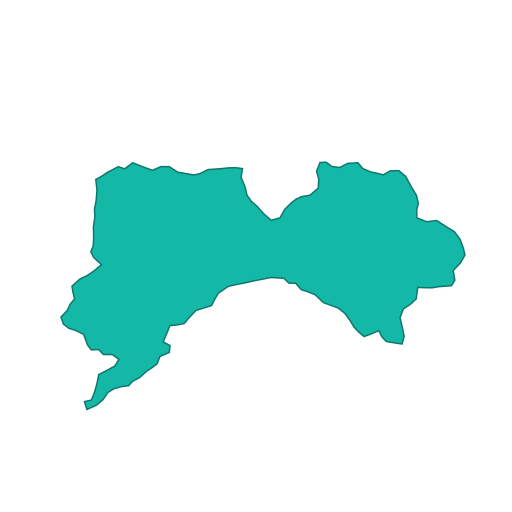 the district of Franco da Rocha, São Paulo, Brazil, rotated 167°
{"feature_id": "56859067B24689122689137", "entity_name": "Franco da Rocha", "entity_type": "district", "adm_level": 2, "iso_a3": "BRA", "parent_name": "Brazil", "parent_adm1": "São Paulo", "projection": "orthographic", "projection_center": [-46.732, -23.313], "detail": "fine", "context": "isolated", "style": "filled", "palette": "teal", "viewbox_px": 512, "rotation_deg": 167, "n_neighbors": 0, "source": "geoboundaries", "source_scale": "gbopen_adm2", "svg_char_len": 2105}
<svg xmlns="http://www.w3.org/2000/svg" viewBox="0 0 512 512"><g transform="rotate(167 256 256)"><path d="M394.9,366.6L396.1,356.1L399.3,345.9L403.0,337.5L404.2,330.4L407.9,320.9L410.2,309.8L412.4,302.3L416.0,297.3L414.4,290.9L408.5,282.4L417.6,277.7L425.1,274.9L432.5,273.3L442.1,268.0L442.5,261.8L442.4,255.0L447.7,251.0L452.3,245.3L459.8,240.4L458.9,232.8L454.5,227.6L448.7,224.2L441.6,218.5L440.2,207.3L437.6,201.6L430.3,200.2L426.9,194.4L418.0,192.2L412.9,186.1L418.2,180.6L426.6,178.2L435.9,175.9L439.8,167.2L443.7,160.1L448.7,152.7L455.9,152.7L455.3,144.5L445.2,146.5L437.6,150.3L430.9,156.4L424.4,158.6L416.4,159.0L409.3,158.3L404.3,161.7L396.8,163.7L388.1,168.5L381.9,170.8L376.6,173.2L372.2,179.7L362.1,181.6L359.9,188.1L365.8,193.2L360.1,201.0L355.5,207.6L349.6,206.7L341.3,206.3L335.0,211.0L326.6,216.5L318.0,217.1L310.5,217.7L305.8,223.2L301.1,228.2L289.7,232.7L280.8,232.6L271.9,232.3L266.0,232.3L258.6,232.1L246.3,231.7L233.8,228.0L230.1,222.2L223.5,220.5L219.5,213.0L214.4,210.1L206.8,204.7L200.9,195.5L193.7,190.8L187.6,186.8L182.2,179.9L178.9,172.1L176.6,165.0L173.2,159.0L168.8,153.2L161.1,154.2L153.1,155.6L151.5,148.8L148.3,143.4L142.8,141.1L133.5,137.4L129.7,144.5L129.5,154.2L129.5,163.5L124.4,171.2L115.8,174.5L109.5,178.2L105.5,189.0L97.4,186.8L91.5,185.4L84.7,185.0L78.4,184.0L72.2,183.1L67.7,187.7L67.1,197.5L58.3,203.3L52.2,210.0L52.2,217.1L53.4,226.4L57.2,235.0L65.2,242.9L71.9,249.9L82.0,251.0L90.7,257.0L89.1,264.5L86.0,270.9L86.0,279.0L89.1,288.5L92.3,300.0L97.7,307.1L106.2,308.8L113.7,306.4L119.5,309.4L125.4,312.1L132.3,317.2L135.7,323.9L145.9,325.6L154.4,323.4L161.7,326.0L166.7,331.7L172.6,332.7L177.9,325.0L177.6,316.8L180.1,308.1L189.8,303.1L198.4,303.6L204.3,302.3L209.6,299.9L217.6,294.9L224.1,287.8L233.2,287.4L239.1,295.6L243.7,304.0L248.1,310.1L251.1,317.2L251.1,325.3L252.8,336.1L249.5,344.2L256.1,346.7L262.7,348.0L271.3,349.1L283.2,351.0L292.1,348.9L298.3,348.9L313.5,355.4L320.4,362.5L328.4,364.5L337.7,362.8L347.6,369.3L355.1,374.6L364.4,370.5L370.1,374.0L381.9,370.9L389.2,368.2L394.9,366.6Z" fill="#14b8a6" stroke="#0f766e" stroke-width="1.5"/></g></svg>